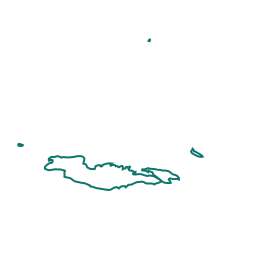 the Province of Malaita, rotated 308°
{"feature_id": "SLB-1260", "entity_name": "Malaita", "entity_type": "Province", "adm_level": 1, "iso_a3": "SLB", "parent_name": "Solomon Islands", "parent_adm1": "", "projection": "orthographic", "projection_center": [161.217, -8.863], "detail": "fine", "context": "isolated", "style": "outline", "palette": "teal", "viewbox_px": 256, "rotation_deg": 308, "n_neighbors": 0, "source": "natural_earth", "source_scale": "10m", "svg_char_len": 3179}
<svg xmlns="http://www.w3.org/2000/svg" viewBox="0 0 256 256"><g transform="rotate(308 128 128)"><path d="M104.4,186.3L100.4,183.5L99.7,183.5L99.5,182.2L98.9,181.0L95.9,177.0L95.5,176.3L95.3,175.5L95.2,174.0L94.9,173.2L94.1,171.8L90.5,168.1L85.3,165.4L83.5,163.3L79.9,162.8L80.3,161.5L78.2,159.0L77.1,158.3L76.6,158.2L75.3,158.3L74.8,158.0L74.6,157.4L74.7,156.2L74.5,155.6L72.8,154.0L68.4,152.1L66.8,150.3L61.2,140.1L59.9,136.3L58.8,134.5L59.2,133.9L59.4,133.4L59.2,133.0L58.8,132.4L58.8,131.3L57.6,127.4L56.5,125.7L53.4,119.4L53.1,118.3L53.0,114.1L52.9,113.4L50.4,108.0L51.7,107.1L54.0,105.1L55.4,104.8L55.4,104.1L53.6,100.0L50.5,96.0L50.2,95.3L49.2,94.8L46.6,92.2L45.7,91.1L44.8,87.6L46.3,86.5L49.2,86.8L52.0,87.8L53.5,89.2L54.1,89.5L54.9,89.3L55.7,88.9L56.2,88.3L55.9,87.6L53.6,86.0L53.8,85.5L54.3,85.0L55.0,84.6L55.6,84.7L55.6,85.2L57.4,85.2L58.4,85.8L59.8,87.8L60.8,88.6L61.5,89.0L62.3,89.7L63.0,91.0L63.3,92.0L63.5,92.6L63.5,93.4L63.7,93.8L64.8,94.5L65.1,94.7L67.7,98.7L71.7,103.0L74.8,105.6L76.6,107.9L77.3,109.4L77.6,110.9L77.0,112.5L75.6,113.4L73.9,114.0L72.4,114.8L72.9,115.8L73.3,116.8L73.2,117.8L72.0,119.9L72.0,120.9L72.3,121.9L72.4,123.0L72.8,124.2L74.2,125.5L74.5,126.2L75.0,127.0L76.1,126.8L77.9,126.0L78.6,126.3L80.7,127.8L81.3,128.6L81.4,129.1L81.1,129.6L80.9,130.0L81.3,130.7L82.0,131.1L82.5,131.1L82.8,130.9L82.9,130.7L84.7,131.6L86.6,133.0L88.4,134.7L89.7,136.6L88.7,136.2L88.0,136.8L87.7,137.7L88.4,138.1L89.3,138.5L90.2,139.5L90.7,140.7L90.3,141.9L90.9,142.3L91.2,142.8L91.3,143.4L91.3,144.2L91.4,145.0L91.8,145.2L92.3,145.2L92.9,145.5L93.3,145.8L93.9,146.1L94.3,146.6L94.5,147.4L94.2,147.8L92.3,149.3L93.7,149.9L94.2,150.3L94.5,150.9L95.5,150.5L96.4,150.7L96.8,151.4L96.6,152.4L97.1,152.5L98.6,153.0L98.6,153.5L96.5,154.0L95.8,154.0L95.5,154.4L95.6,155.3L95.9,156.2L96.3,156.7L96.8,157.3L97.2,160.1L98.1,160.9L97.1,161.5L96.6,161.0L96.2,160.2L95.5,159.9L94.8,160.3L95.0,161.1L95.6,162.1L98.6,165.2L99.5,166.4L101.9,172.5L102.6,173.2L103.4,173.8L104.5,175.3L105.9,177.9L106.8,184.0L106.8,185.7L106.3,186.6L105.5,186.9L104.4,186.3ZM107.0,170.5L106.6,170.6L105.8,170.9L105.5,171.0L105.5,169.4L105.0,167.9L103.3,165.2L103.9,164.7L104.3,164.8L104.9,165.7L105.9,166.8L108.5,168.4L109.1,169.2L109.4,170.4L111.7,173.7L113.6,177.6L114.5,178.7L114.9,179.3L115.5,181.1L116.1,181.9L116.8,182.7L117.4,183.5L118.4,185.3L118.9,186.7L119.1,188.1L119.0,190.9L119.2,192.2L120.3,194.7L120.5,196.5L120.2,198.2L119.4,199.6L118.7,199.9L118.4,198.3L115.3,194.8L114.6,192.9L114.1,192.1L113.3,191.7L112.4,191.9L111.9,194.1L111.1,195.4L109.8,194.1L108.5,192.3L107.4,190.4L107.0,188.7L107.0,184.0L107.0,179.5L106.8,177.8L106.8,176.8L108.1,174.6L107.8,173.4L107.2,172.1L107.0,170.5ZM151.4,204.4L150.3,203.5L149.3,201.8L148.5,199.7L147.6,194.3L147.7,193.3L148.5,192.1L149.4,192.0L150.4,192.1L151.4,191.7L151.4,192.3L151.3,192.7L150.9,193.3L150.7,193.9L150.6,194.1L150.3,194.3L150.8,195.4L151.7,201.8L151.7,203.1L151.4,204.4ZM48.9,52.9L49.8,55.6L49.3,55.8L48.6,55.6L47.2,53.6L46.7,52.7L47.1,51.8L47.9,51.6L48.4,52.0L48.9,52.9ZM209.8,91.5L209.2,90.7L209.5,90.4L210.3,90.4L211.2,90.8L211.0,91.1L210.6,91.3L210.2,91.4L209.8,91.5Z" fill="none" stroke="#0f766e" stroke-width="2"/></g></svg>